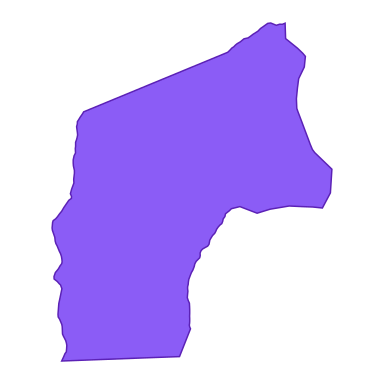 Tamboril do Piauí, Piauí, Brazil (Albers equal-area conic projection)
{"feature_id": "56859067B55913234108674", "entity_name": "Tamboril do Piauí", "entity_type": "district", "adm_level": 2, "iso_a3": "BRA", "parent_name": "Brazil", "parent_adm1": "Piauí", "projection": "albers", "projection_center": [-43.099, -8.486], "detail": "fine", "context": "isolated", "style": "filled", "palette": "violet", "viewbox_px": 384, "rotation_deg": 0, "n_neighbors": 0, "source": "geoboundaries", "source_scale": "gbopen_adm2", "svg_char_len": 2218}
<svg xmlns="http://www.w3.org/2000/svg" viewBox="0 0 384 384"><path d="M285.1,23.2L282.4,24.3L279.7,24.2L276.3,25.3L273.2,24.0L270.7,23.0L267.7,23.4L263.1,26.7L260.5,28.5L257.9,31.2L253.0,34.3L250.4,36.3L248.1,37.9L244.0,38.8L240.2,41.9L237.1,43.7L235.4,45.1L233.8,46.8L231.9,48.0L229.7,50.4L227.7,52.3L83.7,111.8L82.4,114.0L80.1,117.3L78.6,119.8L77.4,121.6L77.3,124.0L76.6,126.7L77.4,132.7L77.6,135.0L77.1,137.6L76.4,140.1L75.6,142.2L75.6,146.3L75.3,148.6L75.5,153.0L74.1,155.7L73.2,159.9L73.2,163.0L73.4,165.9L74.4,170.4L74.4,173.3L74.0,176.7L73.7,179.3L73.9,183.0L71.6,189.2L70.4,193.8L71.5,196.3L71.4,198.4L68.8,200.3L63.8,207.6L61.7,211.2L59.5,213.9L57.5,216.7L55.7,218.8L53.2,220.6L52.6,222.4L52.4,224.6L52.1,228.0L52.4,230.3L54.8,237.3L55.2,241.1L55.9,243.6L57.1,245.8L59.4,251.4L60.5,253.6L61.4,256.3L61.9,259.3L62.1,261.9L61.7,263.7L60.0,266.0L58.5,268.7L57.0,270.6L55.4,272.5L54.0,276.5L54.1,279.0L57.3,281.5L59.2,283.7L60.5,284.9L61.9,288.7L60.1,297.5L58.8,303.6L58.0,314.2L58.2,317.0L59.6,319.2L61.8,324.4L62.2,326.6L62.3,328.7L62.5,334.0L63.3,335.9L65.7,340.6L66.4,343.0L66.8,345.4L66.6,348.8L66.3,351.9L65.0,353.6L63.6,356.9L61.7,361.0L138.3,358.1L154.5,357.5L179.5,356.6L190.5,328.8L189.7,327.0L189.3,325.1L189.6,323.2L189.7,321.1L189.7,318.5L189.6,316.2L189.7,313.3L189.7,309.8L189.6,306.8L189.4,303.2L188.3,300.7L187.3,297.7L187.6,294.1L187.9,291.2L187.6,288.8L187.6,286.8L188.2,284.4L188.4,281.9L188.8,279.4L189.8,276.7L190.6,274.6L191.4,272.6L192.8,270.2L194.2,266.6L194.8,263.9L196.2,261.3L198.2,259.3L199.7,257.8L200.2,255.7L200.1,253.0L201.1,250.6L202.6,249.0L205.0,247.6L207.6,246.2L209.0,244.3L209.4,242.3L209.8,240.1L210.9,238.2L212.5,235.6L214.8,233.2L215.8,231.3L216.6,229.3L218.2,227.0L220.0,225.0L221.8,223.6L222.7,221.3L223.2,218.9L224.9,216.6L225.5,213.8L227.1,212.5L229.3,210.8L231.4,208.7L239.9,206.6L257.1,213.2L270.1,209.2L289.2,206.0L302.1,206.6L312.7,207.0L322.4,208.0L330.4,192.9L331.9,169.2L314.7,152.6L312.4,149.5L310.1,144.0L308.7,140.2L305.3,131.2L301.6,121.3L297.8,111.3L296.8,108.4L296.4,98.7L297.5,87.5L297.9,84.7L298.2,82.2L298.7,78.6L303.0,69.7L304.3,67.0L305.4,56.4L302.7,53.2L297.5,48.2L285.6,38.6L285.1,23.2Z" fill="#8b5cf6" stroke="#5b21b6" stroke-width="1.5"/></svg>